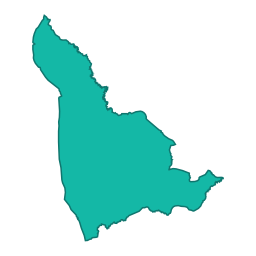 Ban Phue, Udon Thani, Thailand (Mercator projection)
{"feature_id": "78962969B51412577639732", "entity_name": "Ban Phue", "entity_type": "district", "adm_level": 2, "iso_a3": "THA", "parent_name": "Thailand", "parent_adm1": "Udon Thani", "projection": "mercator", "projection_center": [102.531, 17.723], "detail": "fine", "context": "isolated", "style": "filled", "palette": "teal", "viewbox_px": 256, "rotation_deg": 0, "n_neighbors": 0, "source": "geoboundaries", "source_scale": "gbopen_adm2", "svg_char_len": 5746}
<svg xmlns="http://www.w3.org/2000/svg" viewBox="0 0 256 256"><path d="M74.3,45.1L73.7,44.0L71.1,44.3L70.2,43.8L69.8,43.0L68.9,43.5L68.4,41.8L66.1,40.0L62.9,40.1L60.9,39.7L59.8,38.8L59.3,37.2L55.3,34.6L53.2,30.4L51.8,29.8L51.1,29.0L51.2,27.3L50.8,26.1L49.9,25.8L48.2,24.5L48.6,22.7L50.0,20.6L50.0,19.6L47.5,19.6L47.8,18.7L47.0,18.1L46.5,17.1L44.3,15.4L43.7,17.3L43.6,19.3L42.4,20.3L38.2,27.2L36.2,29.1L34.4,33.5L33.4,37.1L32.9,42.1L33.0,42.6L34.7,44.0L32.9,45.3L32.9,49.6L33.7,55.0L33.4,58.0L34.1,60.6L35.5,63.4L38.5,67.1L40.2,67.5L40.6,69.7L45.5,77.1L48.1,80.2L59.0,88.8L59.3,90.7L60.2,91.8L60.6,93.6L61.5,95.4L61.6,96.1L59.1,97.3L58.8,98.1L59.6,111.2L59.4,117.4L58.7,122.0L59.0,125.9L58.6,131.2L58.6,142.0L59.3,159.3L61.0,167.7L61.9,179.9L62.6,182.8L64.9,187.9L65.4,192.4L64.5,199.4L69.3,205.5L71.1,209.6L76.2,215.0L76.5,216.6L77.3,217.2L77.4,218.2L78.1,218.2L77.8,219.3L79.0,220.6L79.8,222.7L81.3,227.9L84.3,235.6L85.4,240.6L87.6,240.4L89.6,239.3L91.3,239.0L92.2,237.7L96.1,237.3L97.5,236.8L98.0,233.6L97.6,233.5L98.6,231.5L98.4,230.7L97.3,230.0L97.6,227.4L98.5,227.4L99.5,225.5L101.4,225.3L101.5,224.1L105.4,225.2L105.6,226.3L105.4,226.8L106.9,227.9L106.9,228.6L107.6,228.7L108.2,227.8L108.8,227.8L108.8,226.2L109.9,226.2L111.1,224.1L112.6,223.8L113.1,222.9L114.1,222.1L114.9,223.2L116.8,223.3L117.1,222.3L118.8,221.9L119.7,221.1L120.4,221.3L121.3,219.7L122.6,219.8L123.0,220.5L123.7,220.8L124.3,220.3L125.0,220.5L125.1,220.2L125.7,220.2L126.0,218.5L126.6,218.0L126.7,217.3L127.8,216.9L128.9,215.6L139.2,211.2L142.6,207.7L144.7,207.7L146.7,206.9L147.8,207.1L148.5,207.7L149.6,209.9L150.5,210.2L150.8,210.8L152.0,211.1L152.9,212.0L153.5,211.5L154.8,211.8L154.8,211.3L155.2,211.0L155.9,211.0L156.6,210.6L157.2,210.9L158.4,210.2L159.0,210.4L159.0,210.8L159.8,210.8L160.4,211.7L161.4,211.8L161.5,212.3L161.9,212.0L163.0,212.3L163.2,212.8L163.9,212.9L164.3,213.6L165.0,213.7L165.3,213.2L166.4,213.8L166.8,214.9L167.5,215.1L168.2,215.0L169.4,213.4L170.3,213.2L170.8,212.1L171.3,209.7L172.3,207.9L173.6,206.6L175.3,205.9L178.3,205.6L181.2,206.3L185.1,206.6L187.2,207.3L189.1,209.8L191.3,210.2L193.2,211.0L194.2,210.8L198.4,208.4L200.7,206.0L202.0,203.0L203.0,201.9L203.0,200.7L204.2,200.3L205.5,198.6L205.9,196.4L205.6,195.9L205.8,193.9L205.3,193.8L205.4,193.2L206.6,191.7L207.4,191.6L207.2,191.4L207.8,190.6L208.1,190.6L207.9,190.3L209.5,189.6L209.4,189.1L210.1,189.1L210.1,187.5L210.5,186.8L211.5,186.0L212.2,186.3L214.6,184.8L215.1,184.8L215.4,184.0L215.1,183.9L215.1,183.0L215.4,182.3L216.2,182.4L216.3,182.0L216.6,182.2L216.5,181.9L217.0,182.1L217.3,181.8L217.7,182.1L218.2,181.4L219.1,181.1L219.6,181.9L220.3,181.1L220.0,181.2L219.9,180.8L220.7,180.5L221.2,180.8L221.6,179.8L221.3,179.4L221.0,179.6L221.1,179.1L221.6,179.1L222.0,178.5L223.1,178.5L222.9,177.7L221.7,177.4L217.2,177.5L215.3,176.8L213.4,174.8L213.0,174.9L212.0,174.0L212.0,173.5L211.4,173.4L211.5,172.5L210.6,171.9L209.9,170.8L208.2,170.4L205.3,174.6L199.6,177.1L199.1,177.8L199.0,179.4L197.6,180.7L194.9,181.5L190.7,181.7L189.6,181.2L189.3,179.6L190.3,177.6L189.6,176.9L189.9,176.0L189.2,175.2L189.3,173.2L182.6,170.6L176.1,168.9L172.9,168.6L169.1,169.7L169.0,169.2L169.6,168.3L169.5,166.8L171.5,164.7L171.6,163.6L171.4,163.0L171.8,162.8L171.3,161.9L171.9,161.2L171.5,160.5L171.9,160.2L171.6,159.7L171.9,159.5L171.5,159.4L171.3,158.2L171.9,156.8L170.6,155.3L170.8,153.5L170.2,152.9L169.4,149.9L170.8,145.5L173.5,145.2L175.4,144.4L173.5,141.4L172.5,140.4L168.6,138.7L164.5,135.8L163.1,134.3L162.5,132.9L161.0,132.2L161.3,131.1L158.8,129.8L147.0,119.7L146.1,118.6L146.3,116.9L145.4,114.4L143.8,112.6L142.1,111.6L140.4,111.2L135.9,111.8L131.7,113.6L129.8,112.5L128.8,112.9L127.8,114.4L127.1,113.7L121.8,113.7L121.3,114.7L118.7,115.5L117.7,114.8L117.5,114.2L115.7,113.4L115.3,112.8L114.6,113.2L112.1,112.0L112.3,111.4L112.1,109.1L110.9,107.9L109.9,108.1L109.9,108.8L109.3,108.7L109.0,109.5L108.5,109.3L108.0,109.8L107.9,109.3L107.7,109.6L107.1,109.3L107.0,108.8L107.4,108.6L106.7,108.3L106.6,107.0L107.0,106.7L106.0,106.1L106.1,105.0L107.0,104.5L106.6,104.0L106.9,103.2L107.4,103.7L107.6,102.8L108.3,102.6L107.1,102.5L107.3,101.9L106.6,101.8L106.9,102.1L106.5,102.4L106.4,102.0L105.8,101.8L106.0,101.5L104.9,101.0L105.0,100.6L104.4,100.0L105.1,99.8L104.7,98.5L103.9,98.1L103.5,98.7L103.8,99.1L103.2,99.2L102.8,97.7L103.3,97.7L103.6,97.1L104.0,97.5L103.8,97.2L104.5,96.3L103.4,96.2L103.9,95.5L103.5,94.9L104.1,94.5L104.6,94.7L104.6,93.9L105.0,93.2L103.9,92.3L104.9,91.6L104.9,91.0L105.3,91.5L106.3,91.6L106.3,91.1L105.6,90.9L106.6,90.3L106.2,89.7L107.0,89.7L107.1,89.2L106.5,88.8L107.2,88.7L107.5,89.0L107.7,87.3L107.2,87.2L106.6,87.6L106.3,86.7L105.7,87.0L105.2,86.8L104.7,87.3L104.6,86.9L104.1,86.8L102.4,87.7L102.0,87.0L101.7,87.3L101.3,86.8L101.2,87.3L100.8,86.6L100.5,86.8L100.5,86.2L100.1,86.1L100.6,85.6L100.3,85.7L100.3,85.3L99.2,84.9L98.6,85.1L98.8,84.6L98.2,84.7L97.6,83.2L96.4,83.4L96.5,82.7L96.0,82.7L96.2,82.3L95.3,82.1L94.9,81.4L95.6,80.5L95.3,79.3L94.9,79.2L95.3,78.8L94.3,79.1L93.6,78.6L93.8,78.1L92.9,78.0L92.9,78.3L92.2,77.7L91.9,78.0L91.4,77.8L91.3,77.0L90.8,76.5L91.4,76.5L91.1,75.8L91.7,76.0L92.1,75.8L91.5,75.2L92.2,75.2L91.7,74.7L92.7,74.1L92.0,73.9L92.6,72.9L91.9,72.3L92.2,72.0L91.5,71.4L91.6,70.1L89.6,69.1L90.7,68.2L89.8,67.6L89.7,66.9L90.6,66.4L91.4,63.9L89.7,61.9L89.6,60.9L88.2,59.9L87.9,58.5L87.4,58.3L87.2,57.7L87.4,56.6L86.6,55.9L86.1,56.0L86.3,54.9L84.8,55.6L83.5,55.7L82.7,55.1L82.5,54.0L80.8,53.6L80.4,52.7L79.7,52.7L79.4,52.2L78.5,52.5L78.6,51.6L78.2,51.7L77.8,51.2L77.4,51.5L77.1,50.9L77.4,49.7L78.3,49.6L78.2,48.9L77.7,48.3L78.0,47.9L77.4,47.5L77.2,46.9L76.0,47.2L76.2,46.6L75.8,46.3L75.2,46.7L75.4,47.5L74.8,47.1L74.4,47.4L74.1,46.7L74.5,46.6L74.5,46.2L74.1,46.2L73.8,45.4L74.3,45.1Z" fill="#14b8a6" stroke="#0f766e" stroke-width="1.5"/></svg>